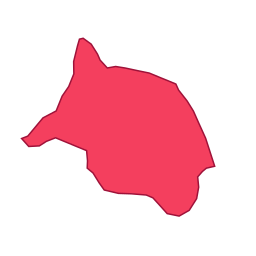 Samchon, Hwanghae-namdo, North Korea, rotated 112°
{"feature_id": "82179303B40793124111890", "entity_name": "Samchon", "entity_type": "district", "adm_level": 2, "iso_a3": "PRK", "parent_name": "North Korea", "parent_adm1": "Hwanghae-namdo", "projection": "mercator", "projection_center": [125.273, 38.339], "detail": "fine", "context": "isolated", "style": "filled", "palette": "rose", "viewbox_px": 256, "rotation_deg": 112, "n_neighbors": 0, "source": "geoboundaries", "source_scale": "gbopen_adm2", "svg_char_len": 803}
<svg xmlns="http://www.w3.org/2000/svg" viewBox="0 0 256 256"><g transform="rotate(112 128 128)"><path d="M131.0,33.3L108.4,52.2L97.0,64.2L87.8,73.7L80.8,83.3L73.9,95.3L69.3,100.1L69.2,109.7L69.2,114.5L69.2,116.9L69.1,128.9L71.3,140.9L73.4,152.9L75.6,162.5L80.1,169.7L75.5,179.3L70.9,184.0L64.0,193.6L63.3,196.5L61.6,203.2L63.8,206.3L70.7,205.6L86.7,203.3L98.1,198.5L111.8,198.5L123.1,201.0L139.1,201.0L150.4,210.6L173.1,217.9L177.6,222.7L182.3,213.1L177.8,203.5L171.0,198.7L164.2,191.5L164.3,181.9L164.4,169.9L164.5,157.9L173.7,153.2L180.5,150.8L182.8,143.6L189.8,134.0L194.4,126.8L192.2,112.4L187.8,100.4L183.3,86.0L183.4,78.8L188.0,69.2L192.7,59.6L190.5,47.6L181.4,40.4L167.8,37.9L156.4,40.3L147.2,45.1L140.4,42.7L135.9,40.3L131.0,33.3Z" fill="#f43f5e" stroke="#9f1239" stroke-width="1.5"/></g></svg>